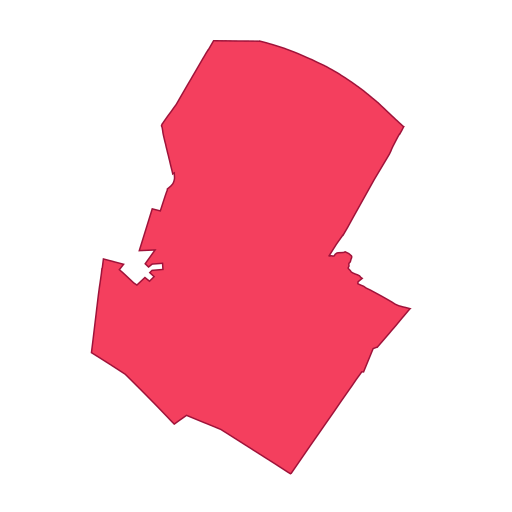 Dragomiresti-Vale, Ilfov, Romania (Equal Earth projection), rotated 184°
{"feature_id": "2599482B19905824077323", "entity_name": "Dragomiresti-Vale", "entity_type": "district", "adm_level": 2, "iso_a3": "ROU", "parent_name": "Romania", "parent_adm1": "Ilfov", "projection": "equal_earth", "projection_center": [25.925, 44.478], "detail": "fine", "context": "isolated", "style": "filled", "palette": "rose", "viewbox_px": 512, "rotation_deg": 184, "n_neighbors": 0, "source": "geoboundaries", "source_scale": "gbopen_adm2", "svg_char_len": 4471}
<svg xmlns="http://www.w3.org/2000/svg" viewBox="0 0 512 512"><g transform="rotate(184 256 256)"><path d="M117.7,395.3L117.8,395.3L118.0,395.5L118.6,395.9L119.0,396.2L120.8,397.7L122.4,398.9L123.1,399.5L124.3,400.5L125.3,401.3L125.5,401.4L126.4,402.1L127.5,403.1L127.9,403.4L129.1,404.4L129.3,404.5L129.8,404.9L130.0,405.1L130.3,405.3L130.6,405.6L131.6,406.4L132.8,407.4L132.9,407.5L134.3,408.6L136.7,410.6L137.0,410.8L137.4,411.2L138.1,411.8L139.6,413.0L140.6,413.8L141.5,414.5L143.0,415.8L143.3,416.0L143.6,416.3L144.5,417.0L144.8,417.3L145.0,417.5L145.4,417.7L145.7,417.9L146.9,418.8L147.4,419.2L148.0,419.6L148.6,420.0L149.8,420.9L150.9,421.6L151.3,421.9L151.7,422.3L152.2,422.6L152.7,422.9L153.3,423.4L153.9,423.8L154.1,423.9L154.8,424.5L155.8,425.2L156.5,425.6L156.7,425.8L157.2,426.1L158.2,426.9L159.2,427.5L159.5,427.8L160.5,428.5L161.5,429.1L161.9,429.4L162.4,429.7L163.6,430.5L164.4,430.9L165.2,431.5L165.8,431.9L166.9,432.5L167.2,432.7L168.5,433.5L169.4,434.1L170.3,434.6L171.4,435.3L172.7,436.1L173.6,436.6L175.2,437.5L175.7,437.8L177.3,438.7L178.3,439.3L179.3,439.9L183.7,442.2L185.3,443.2L187.6,444.4L191.6,446.3L192.6,446.8L193.6,447.3L194.8,447.8L195.9,448.3L197.9,449.3L198.1,449.4L198.5,449.6L199.6,450.1L200.1,450.2L200.5,450.4L201.3,450.8L201.8,451.0L202.2,451.1L202.8,451.4L203.5,451.6L204.4,452.0L205.3,452.3L206.6,452.8L208.7,453.6L214.2,455.9L215.3,456.2L218.4,457.3L219.3,457.6L221.7,458.5L227.0,460.4L228.4,460.9L232.1,462.1L236.8,463.5L238.8,464.1L239.9,464.4L242.0,465.1L246.9,466.3L251.5,467.4L254.9,468.2L256.5,468.5L260.5,469.4L268.0,470.8L267.6,470.5L267.9,470.5L278.7,469.9L291.0,469.1L299.9,468.6L302.0,468.5L302.7,468.4L313.3,467.8L317.9,458.4L318.1,458.4L318.6,457.4L319.8,455.2L321.8,451.1L322.6,449.6L324.4,445.9L329.5,435.5L332.1,430.3L332.9,428.6L336.2,422.0L340.7,412.8L343.5,407.1L344.1,405.8L346.2,401.5L348.5,397.9L350.6,394.4L353.7,389.6L357.2,383.8L358.6,381.4L359.0,380.9L359.1,379.9L359.4,379.3L358.6,377.7L357.8,374.3L357.4,372.3L356.8,370.1L355.7,366.5L354.7,363.3L354.0,361.3L353.2,358.5L352.4,356.1L351.6,353.5L350.7,350.8L350.5,350.2L350.3,349.6L350.0,348.6L349.7,347.6L348.9,345.2L347.5,340.6L347.4,340.3L345.7,335.1L344.9,332.5L344.8,332.1L344.1,332.7L343.3,333.2L343.1,331.0L342.8,329.1L342.7,327.6L342.9,325.8L343.4,323.8L344.0,322.3L344.7,321.3L345.2,320.7L345.7,320.0L348.0,317.7L349.1,316.7L349.1,315.4L349.7,313.6L350.9,309.1L353.7,297.9L354.6,294.3L362.8,295.8L372.8,253.2L357.1,255.0L366.0,240.5L362.4,237.5L359.0,240.7L348.7,242.2L347.9,236.1L358.7,234.4L360.8,232.0L356.2,228.3L360.5,223.4L365.3,226.8L372.8,218.7L376.2,220.7L384.5,227.5L388.1,230.4L391.4,232.8L387.5,238.5L408.0,242.4L408.5,233.3L408.8,232.8L409.0,227.8L409.7,217.9L410.0,214.3L410.5,206.5L410.8,200.5L411.1,194.4L411.2,192.9L411.4,187.9L411.7,182.0L412.0,176.0L412.7,161.7L413.4,148.1L395.7,138.6L378.3,129.0L373.4,124.8L360.6,113.7L345.3,100.2L337.0,92.7L333.0,89.1L330.2,86.5L327.3,83.9L326.9,83.6L326.2,83.0L326.0,82.7L325.8,82.6L324.6,83.6L321.3,86.4L318.2,88.9L314.2,92.2L296.2,86.2L293.6,85.4L278.9,80.5L245.6,62.5L245.5,62.4L231.4,54.8L224.7,51.2L217.3,47.1L216.0,46.4L213.3,44.9L209.2,42.6L207.4,41.7L206.5,41.2L206.1,41.5L205.7,41.7L188.1,71.5L180.3,84.5L175.9,91.9L167.8,105.4L160.7,117.5L153.0,130.3L151.4,132.9L147.4,139.8L142.4,147.8L140.6,147.9L132.7,171.8L129.4,173.3L128.7,173.4L117.2,188.8L116.0,190.5L111.5,196.5L107.6,202.0L105.8,204.5L102.7,208.7L100.6,211.6L98.9,213.9L98.6,214.2L103.8,215.2L104.0,215.2L105.4,215.4L106.5,215.6L107.3,215.8L108.3,216.0L110.0,216.3L113.7,217.6L115.7,218.7L117.3,219.6L127.9,224.7L135.6,228.2L137.6,229.1L139.3,229.9L141.1,230.6L143.9,231.7L146.5,233.3L149.2,234.2L151.1,234.9L152.5,235.5L152.4,237.4L148.5,241.1L149.4,241.6L150.1,242.1L151.3,243.4L152.0,243.7L153.4,244.3L155.9,245.0L158.6,246.0L160.0,246.8L160.8,247.9L162.1,249.1L163.1,250.0L163.2,250.7L162.5,252.5L162.8,254.0L162.8,255.1L162.1,256.0L161.5,256.8L161.0,259.4L160.6,260.5L160.4,261.8L160.8,262.8L162.5,264.1L163.6,264.9L167.4,266.4L168.3,265.8L169.3,265.6L169.9,265.5L171.5,265.3L173.5,265.1L175.4,264.7L177.1,263.3L178.0,261.6L179.3,261.2L180.3,261.5L181.6,261.4L182.4,261.1L183.1,261.3L176.6,273.4L174.8,276.4L170.8,282.9L170.6,282.8L166.5,291.1L161.9,301.1L155.6,314.5L143.3,340.7L132.3,362.4L130.1,366.8L128.7,370.3L128.3,371.7L127.1,374.9L125.7,378.1L124.1,381.8L122.6,385.2L121.5,387.4L121.3,387.8L121.1,387.7L119.3,391.5L118.8,392.7L117.7,395.3Z" fill="#f43f5e" stroke="#9f1239" stroke-width="1.5"/></g></svg>